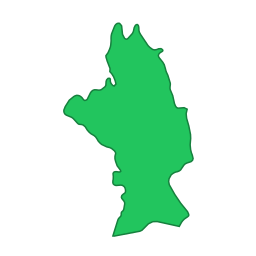 the County of Olt, rotated 352°
{"feature_id": "ROU-126", "entity_name": "Olt", "entity_type": "County", "adm_level": 1, "iso_a3": "ROU", "parent_name": "Romania", "parent_adm1": "", "projection": "orthographic", "projection_center": [24.399, 44.334], "detail": "fine", "context": "isolated", "style": "filled", "palette": "green", "viewbox_px": 256, "rotation_deg": 352, "n_neighbors": 0, "source": "natural_earth", "source_scale": "10m", "svg_char_len": 2795}
<svg xmlns="http://www.w3.org/2000/svg" viewBox="0 0 256 256"><g transform="rotate(352 128 128)"><path d="M99.3,233.1L98.0,232.8L105.2,217.6L106.1,216.3L108.5,214.4L109.1,213.4L109.5,211.2L109.9,210.4L111.7,209.1L112.5,207.9L114.1,202.9L114.3,201.6L114.0,200.2L112.1,197.0L111.8,195.6L112.5,194.0L113.7,193.1L116.2,191.7L116.7,190.5L116.9,188.9L116.7,187.0L116.0,185.4L114.3,183.9L112.6,183.5L108.5,183.3L107.4,183.0L106.4,182.3L105.6,181.3L105.4,180.1L105.7,178.2L106.2,176.8L106.7,174.0L106.8,171.8L106.9,170.9L107.5,170.1L108.2,169.6L109.4,169.5L110.8,169.7L112.4,170.2L113.9,170.4L114.8,169.9L114.7,168.8L112.0,163.9L111.1,159.5L110.8,156.8L111.1,154.5L111.6,153.0L112.2,151.8L112.2,150.4L111.4,148.7L109.0,146.1L107.5,145.0L104.3,143.7L99.6,140.6L98.2,139.0L96.8,137.0L95.7,134.3L94.7,132.3L93.4,130.8L90.5,128.5L88.9,126.7L87.4,124.4L85.8,120.8L84.0,118.8L82.3,118.0L80.8,117.7L79.5,117.2L78.5,116.0L75.1,111.0L73.7,109.6L68.6,106.6L67.4,105.3L66.9,103.9L66.8,102.6L67.0,101.3L68.8,98.1L73.7,92.3L78.7,89.3L80.0,88.8L81.7,88.5L83.1,88.8L84.5,89.4L85.7,90.4L86.7,91.6L87.9,93.8L88.9,94.7L89.9,94.7L91.5,94.1L95.6,88.1L96.9,86.7L98.5,85.8L99.9,85.5L101.5,85.7L104.5,86.5L105.9,86.5L107.1,86.2L110.9,84.0L112.0,82.7L112.8,78.9L113.5,77.4L115.1,76.1L116.3,76.1L117.0,76.5L117.3,77.2L117.0,79.0L117.1,80.2L117.4,81.4L118.1,82.7L119.0,83.9L120.2,84.5L121.1,83.6L122.2,82.8L121.9,79.5L120.9,75.3L119.4,71.9L117.9,69.7L118.5,66.6L116.7,58.8L116.1,54.8L116.2,53.3L118.6,50.8L120.6,47.6L121.8,45.3L122.5,43.3L123.4,39.3L123.7,36.8L124.1,34.7L124.8,32.6L128.4,26.2L129.3,24.8L130.4,23.7L131.8,23.0L132.9,22.9L134.2,23.2L135.2,24.7L135.9,26.0L135.6,34.5L137.1,38.8L138.0,39.5L139.1,39.9L140.3,39.4L145.5,35.0L146.3,33.9L146.9,32.8L148.1,29.5L149.5,27.5L150.6,26.8L151.8,26.9L152.5,27.9L152.7,29.4L152.6,31.0L152.4,32.7L152.6,34.8L153.5,37.2L159.3,49.2L160.8,51.2L163.4,53.7L165.4,54.4L167.4,54.3L169.4,53.8L171.7,54.0L172.7,54.8L173.3,55.7L173.2,56.4L172.6,56.9L170.3,57.9L169.2,58.7L168.5,59.6L168.1,60.6L168.4,62.3L171.6,67.7L172.7,70.4L173.3,74.5L173.5,76.6L173.9,78.4L174.8,81.3L176.1,89.5L176.0,90.7L175.4,93.0L175.1,94.6L175.2,96.1L176.8,102.2L177.4,110.2L178.1,112.9L178.9,114.4L180.2,115.3L186.4,115.7L189.2,117.6L187.6,121.8L187.5,123.7L187.4,126.6L188.5,134.5L189.0,143.1L188.6,147.1L187.2,153.3L187.0,158.2L187.3,161.2L187.9,163.9L188.2,167.3L187.4,169.0L185.7,170.1L181.3,170.9L179.6,171.5L178.1,172.6L174.3,176.8L172.9,177.6L171.1,178.1L168.8,178.3L166.7,179.0L164.3,180.3L161.6,183.9L160.8,186.6L161.0,190.0L165.1,200.4L169.7,209.8L175.3,219.1L176.1,221.9L175.9,223.3L174.7,224.2L171.1,226.0L169.3,227.4L167.9,228.8L165.2,232.4L165.1,232.6L143.9,224.7L139.5,224.2L134.9,225.7L127.6,231.2L125.3,231.9L122.5,232.0L99.3,233.1Z" fill="#22c55e" stroke="#15803d" stroke-width="1.5"/></g></svg>